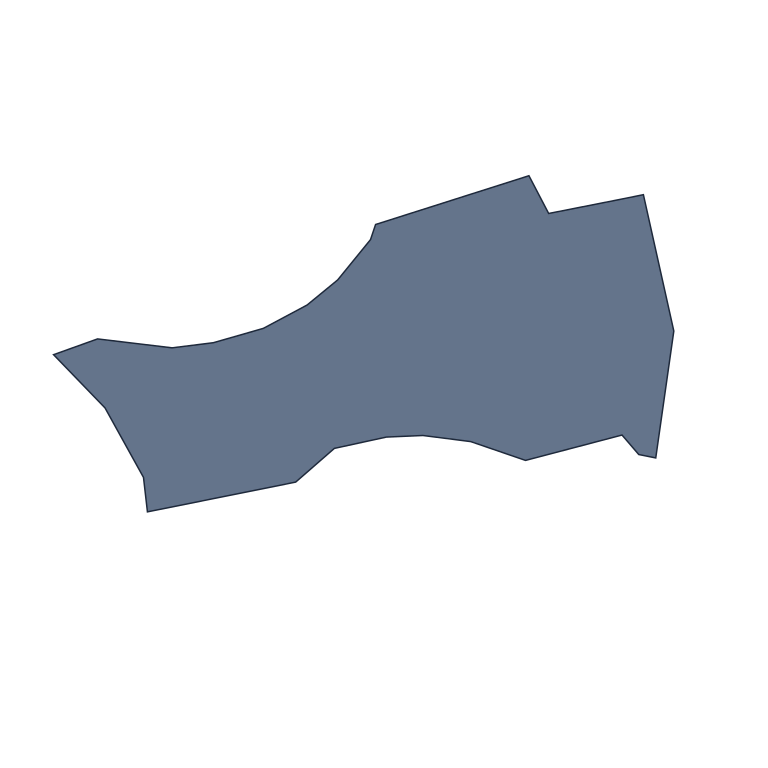 outline of Houston, Tennessee, United States of America, rotated 342°
{"feature_id": "52423323B25005829455001", "entity_name": "Houston", "entity_type": "district", "adm_level": 2, "iso_a3": "USA", "parent_name": "United States of America", "parent_adm1": "Tennessee", "projection": "mercator", "projection_center": [-87.736, 36.273], "detail": "fine", "context": "isolated", "style": "filled", "palette": "slate", "viewbox_px": 768, "rotation_deg": 342, "n_neighbors": 0, "source": "geoboundaries", "source_scale": "gbopen_adm2", "svg_char_len": 494}
<svg xmlns="http://www.w3.org/2000/svg" viewBox="0 0 768 768"><g transform="rotate(342 384 384)"><path d="M586.2,230.7L425.3,229.7L415.8,242.5L372.1,270.7L335.3,285.1L286.4,293.8L234.5,292.0L193.6,284.1L125.5,252.6L78.8,254.0L111.3,320.6L126.4,398.5L119.5,432.5L269.7,450.0L316.9,429.9L369.8,435.2L405.1,445.0L448.7,465.6L495.0,500.4L594.6,506.1L604.5,529.8L619.6,538.3L676.0,423.2L689.2,284.1L666.6,281.5L593.3,272.7L586.2,230.7Z" fill="#64748b" stroke="#1e293b" stroke-width="1.5"/></g></svg>